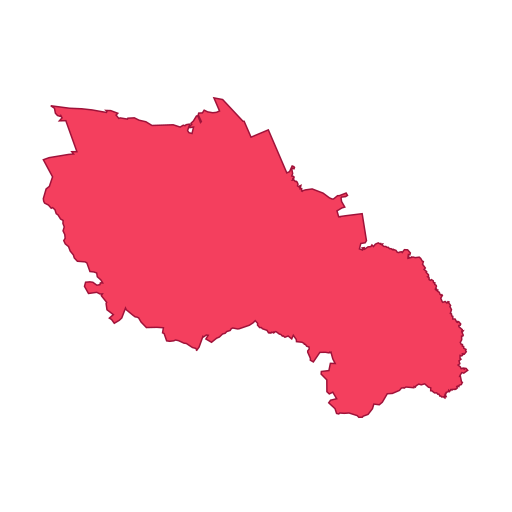 the district of Rudbāržu pag., Skrundas, Latvia, rotated 273°
{"feature_id": "27541924B63960792537365", "entity_name": "Rudbāržu pag.", "entity_type": "district", "adm_level": 2, "iso_a3": "LVA", "parent_name": "Latvia", "parent_adm1": "Skrundas", "projection": "mercator", "projection_center": [21.868, 56.65], "detail": "fine", "context": "isolated", "style": "filled", "palette": "rose", "viewbox_px": 512, "rotation_deg": 273, "n_neighbors": 0, "source": "geoboundaries", "source_scale": "gbopen_adm2", "svg_char_len": 6111}
<svg xmlns="http://www.w3.org/2000/svg" viewBox="0 0 512 512"><g transform="rotate(273 256 256)"><path d="M178.8,150.3L179.6,160.7L179.5,167.3L174.4,166.7L173.8,168.3L166.6,171.2L166.3,174.2L167.0,178.3L167.9,180.1L167.4,183.1L165.2,188.6L165.0,191.0L161.3,197.3L160.6,200.6L159.2,201.7L158.2,201.4L162.0,203.9L172.9,207.2L172.4,207.8L174.5,210.5L174.3,212.4L170.5,210.3L167.5,216.1L171.8,220.9L173.2,223.7L176.4,226.7L177.2,229.2L179.0,230.7L180.3,234.1L182.1,235.1L182.9,236.5L182.2,241.5L182.5,243.1L186.5,253.0L189.3,256.8L191.4,258.6L188.8,261.2L187.1,261.1L184.7,263.4L184.8,265.1L183.7,266.2L182.3,270.9L180.1,272.4L180.2,273.2L179.8,273.3L180.2,274.1L179.8,274.8L180.6,275.4L180.3,275.8L180.7,276.8L180.2,277.6L180.9,277.8L180.7,278.5L181.5,279.1L181.5,280.1L179.3,283.3L178.9,285.0L177.4,286.5L177.7,287.3L176.4,289.1L177.8,292.3L175.1,296.0L178.8,297.4L174.7,300.6L172.6,300.9L172.3,306.4L171.2,308.6L170.4,308.9L170.3,310.0L168.6,311.3L167.9,313.7L165.9,314.0L163.9,312.6L162.6,312.7L156.6,315.7L154.8,315.7L153.2,318.8L163.1,324.8L163.5,330.4L163.1,333.7L163.8,334.6L163.3,335.0L163.9,335.9L157.2,338.1L152.8,340.7L152.7,335.9L145.4,334.8L144.1,327.3L141.5,327.2L136.0,333.2L124.2,333.9L122.1,336.4L124.0,339.8L117.7,344.0L115.9,338.0L113.2,336.3L107.7,342.9L103.0,344.7L102.6,346.9L103.6,348.0L103.5,352.3L104.1,357.1L101.9,365.5L100.3,367.1L100.6,370.7L101.6,371.3L103.7,376.2L109.6,380.3L114.3,381.4L113.9,386.9L116.6,389.8L125.3,394.3L125.9,399.4L129.3,406.3L131.7,408.1L132.2,410.3L131.8,410.8L133.0,412.6L132.7,420.5L133.9,420.7L133.4,422.0L134.7,422.6L136.6,425.2L136.0,427.8L137.2,431.1L134.0,435.1L133.5,437.4L130.6,437.5L130.6,438.6L128.6,441.5L128.8,443.6L127.5,444.7L127.6,445.9L125.7,447.0L125.9,447.8L124.9,448.9L125.4,451.3L124.5,451.3L124.1,452.1L125.2,452.2L125.5,453.3L126.8,452.6L126.6,451.9L128.0,452.1L128.4,453.0L129.7,453.0L130.6,455.2L131.9,455.4L130.8,456.4L132.9,457.6L132.9,458.6L132.4,458.8L133.2,459.6L133.1,461.1L133.6,461.8L133.3,462.4L134.8,464.0L136.2,463.3L136.7,464.4L136.2,465.4L137.6,465.7L138.4,467.8L140.6,468.7L141.1,467.8L146.6,466.4L146.5,465.7L147.5,466.0L150.4,467.7L149.9,469.6L152.9,473.4L154.7,471.7L154.9,469.3L154.1,469.6L154.7,468.1L154.2,466.8L155.9,465.9L157.7,463.5L159.1,465.2L161.9,464.2L163.7,466.1L164.4,465.1L167.4,465.0L167.0,466.7L168.2,467.7L169.1,467.2L169.4,468.0L168.7,468.5L168.8,469.1L171.4,471.0L172.6,470.2L173.7,470.6L174.7,468.3L176.5,468.1L176.8,466.8L178.4,466.8L178.5,465.6L180.4,464.5L183.1,465.8L186.7,465.5L186.9,466.7L187.8,467.1L190.3,465.8L192.0,466.7L191.6,465.5L193.3,465.8L196.0,462.3L197.2,462.2L197.5,463.5L198.8,464.0L201.0,461.9L201.2,461.0L200.3,460.7L200.6,459.9L203.5,458.1L203.4,455.8L206.0,455.7L206.4,454.6L208.5,454.2L208.8,453.1L212.7,454.0L215.7,452.3L216.8,452.9L219.4,450.8L220.2,451.1L220.5,450.1L219.0,449.1L220.5,447.2L219.5,445.0L220.2,444.3L223.6,442.7L226.4,444.2L227.1,443.6L226.6,443.0L227.3,441.8L229.4,440.9L230.2,439.2L231.4,439.3L231.1,438.0L232.1,437.0L232.4,438.0L233.3,437.2L235.2,437.8L236.2,437.4L236.9,436.0L238.6,436.0L238.7,434.7L240.5,434.3L241.6,432.4L240.8,431.4L241.5,430.1L243.3,430.0L244.2,428.6L244.6,429.4L246.3,429.2L248.5,426.8L249.4,427.2L251.4,424.5L252.9,425.7L256.4,422.8L259.2,423.4L259.6,422.3L262.2,420.6L263.4,419.1L262.7,415.1L263.2,412.8L262.8,411.9L263.6,411.0L262.8,411.5L261.6,407.9L262.2,407.8L262.9,408.9L263.5,407.9L265.5,408.1L265.1,409.5L267.1,410.0L270.1,407.1L270.1,403.9L267.1,401.8L267.8,401.1L267.5,399.4L266.9,398.5L267.1,396.9L268.9,395.5L269.5,393.6L269.3,392.6L269.9,392.5L269.7,391.5L270.4,390.5L270.3,389.0L271.6,387.6L271.5,386.2L272.3,385.2L272.2,383.2L273.6,381.3L274.6,381.8L274.3,379.9L275.0,379.8L274.8,378.6L275.5,377.4L274.1,374.6L271.6,372.8L273.1,371.2L271.4,370.2L271.0,367.4L268.3,363.9L268.5,363.3L270.0,363.6L269.6,361.6L268.3,362.5L267.5,362.1L268.5,358.9L274.0,360.0L274.9,364.3L277.1,365.5L303.8,359.8L301.0,344.0L299.8,337.9L299.5,337.9L299.5,336.5L305.3,334.5L308.5,339.3L309.5,342.1L314.9,338.6L318.4,337.9L319.3,338.3L320.0,342.4L321.3,344.2L323.6,342.7L320.6,336.0L320.5,334.3L317.0,330.4L316.9,329.1L317.9,326.3L322.3,319.7L325.9,308.6L324.6,301.9L323.6,299.2L323.0,298.8L323.3,298.1L325.6,298.1L325.4,296.6L326.8,296.9L326.5,295.3L327.0,296.6L328.8,297.1L328.3,296.0L327.2,295.6L328.2,293.8L329.9,294.2L332.0,293.2L332.8,292.1L332.5,291.3L333.9,289.9L333.7,288.5L334.8,289.3L335.3,288.2L335.4,289.5L336.8,289.9L337.5,289.1L337.8,287.5L340.3,288.3L344.5,287.2L345.4,287.8L345.1,289.4L346.5,289.8L347.3,289.0L347.8,287.4L342.0,285.1L340.6,282.4L382.6,261.7L374.4,244.8L389.9,237.1L389.9,235.9L410.5,214.5L411.7,205.7L398.9,212.0L397.4,209.0L396.8,205.3L397.4,200.2L398.9,196.6L396.1,195.0L395.7,191.3L393.9,190.9L387.4,194.4L386.4,193.6L392.3,190.9L392.9,190.1L392.7,189.2L387.5,186.4L385.1,184.1L384.1,184.9L381.5,182.5L380.7,183.2L381.5,186.9L375.0,185.7L375.6,182.6L377.6,181.1L382.4,182.4L383.0,183.4L384.2,182.5L383.5,179.4L382.4,178.3L382.8,176.5L380.8,173.5L382.7,166.4L380.9,145.3L384.3,139.0L385.5,132.1L387.6,127.3L386.9,120.8L386.0,120.5L386.8,113.1L386.2,111.8L389.4,108.9L391.3,110.5L393.6,103.3L393.5,98.6L392.7,99.6L391.5,99.1L393.3,84.7L393.9,74.2L393.8,62.1L395.3,43.2L393.0,47.0L388.1,48.2L385.9,50.4L385.2,53.2L386.1,53.7L383.8,55.1L380.7,52.6L381.2,59.0L350.8,71.7L350.5,66.6L348.3,68.5L347.6,63.4L343.4,44.3L341.0,38.6L324.4,48.7L314.7,46.0L312.0,42.9L302.1,40.6L299.6,41.1L297.8,42.1L296.0,46.1L293.0,49.0L293.7,50.3L291.7,52.8L287.8,54.3L286.7,56.1L282.7,58.9L281.4,61.5L278.4,61.5L275.0,63.0L271.0,62.0L267.5,63.9L263.7,64.5L261.3,63.2L258.1,64.9L255.6,68.3L251.2,70.2L247.5,73.6L244.6,74.6L241.4,77.9L241.2,85.7L240.2,87.5L231.8,91.0L231.6,94.9L230.7,97.8L227.0,98.6L224.0,102.3L221.1,104.3L221.0,102.0L219.2,101.6L218.5,98.6L221.2,94.5L221.5,91.5L220.9,87.2L216.7,86.3L209.8,90.7L211.4,98.9L209.9,102.2L210.1,104.6L208.3,103.6L201.9,109.3L200.6,108.8L194.5,110.0L190.0,116.6L186.3,112.8L185.0,115.1L181.4,118.0L184.6,122.8L187.1,125.2L197.2,128.4L195.5,129.3L190.5,136.1L188.9,138.5L188.8,140.1L188.1,142.0L184.0,144.7L178.8,150.3Z" fill="#f43f5e" stroke="#9f1239" stroke-width="1.5"/></g></svg>